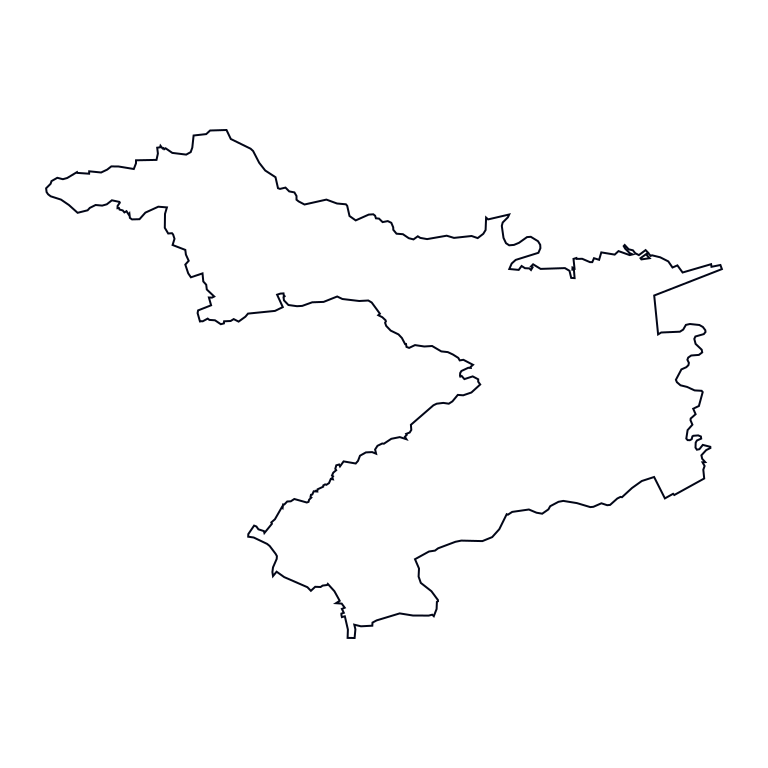 DEJ, Cluj, Romania
{"feature_id": "2599482B75770184766435", "entity_name": "DEJ", "entity_type": "district", "adm_level": 2, "iso_a3": "ROU", "parent_name": "Romania", "parent_adm1": "Cluj", "projection": "robinson", "projection_center": [23.804, 47.127], "detail": "fine", "context": "isolated", "style": "outline", "palette": "ink", "viewbox_px": 768, "rotation_deg": 0, "n_neighbors": 0, "source": "geoboundaries", "source_scale": "gbopen_adm2", "svg_char_len": 6108}
<svg xmlns="http://www.w3.org/2000/svg" viewBox="0 0 768 768"><path d="M354.6,638.0L355.4,629.3L354.3,624.7L361.0,626.3L372.3,625.7L372.5,622.6L376.6,620.4L399.7,613.4L412.8,615.5L428.7,615.6L432.2,614.7L433.8,616.2L436.6,609.0L436.9,601.9L438.0,601.2L437.9,600.0L431.4,591.2L420.8,582.9L418.6,576.6L419.0,568.5L415.0,559.2L429.0,551.5L435.0,550.6L438.1,548.3L455.4,541.8L461.3,540.6L482.4,541.1L492.2,537.1L499.3,529.2L506.7,514.2L507.9,514.7L512.2,511.9L528.9,509.5L536.5,512.7L542.2,513.7L548.4,509.4L550.2,506.2L558.5,501.8L563.3,500.9L576.9,503.1L590.3,507.1L593.4,506.8L601.4,503.3L607.2,505.2L610.1,504.9L617.3,498.5L620.5,496.9L622.0,497.2L632.0,488.0L641.8,481.0L654.1,477.0L664.9,498.4L673.1,493.8L674.3,495.0L704.2,478.5L703.3,469.7L704.6,466.0L702.5,462.3L705.2,462.1L702.2,458.8L701.4,455.3L706.2,450.1L710.4,448.0L710.3,446.8L702.8,444.9L699.4,449.2L696.9,449.7L695.5,447.6L695.7,442.6L696.9,440.5L701.2,438.6L700.9,436.5L698.2,435.4L693.3,435.8L692.4,436.4L691.7,439.2L689.8,440.2L687.6,440.1L686.3,438.6L687.6,430.1L692.4,424.7L690.5,420.2L690.7,418.5L695.6,414.2L693.2,408.7L698.9,406.0L702.7,392.1L701.6,390.8L694.6,390.4L687.0,386.9L680.5,385.3L676.9,382.2L675.9,379.8L681.4,369.4L686.3,367.2L688.4,365.2L688.9,362.9L687.4,359.8L688.2,357.6L691.2,355.5L698.9,354.9L702.2,352.4L701.7,349.7L695.6,343.9L694.3,338.9L695.4,336.5L703.8,334.1L705.5,332.0L705.3,330.2L702.9,327.0L699.4,325.0L689.9,324.0L685.9,324.9L683.2,329.6L679.9,331.7L661.2,332.5L658.1,334.4L654.2,295.5L721.9,269.1L720.4,265.0L711.5,266.8L711.1,264.2L682.6,272.5L677.4,265.4L672.5,267.5L668.3,261.4L660.2,257.3L652.0,255.3L650.7,255.9L648.3,253.2L646.2,254.5L649.6,258.2L641.4,259.4L640.5,258.2L648.1,252.7L645.6,250.1L638.9,255.1L635.2,253.2L632.9,250.3L628.7,249.3L624.7,245.0L623.7,246.1L625.2,248.7L629.8,253.2L632.6,254.4L629.7,255.1L618.5,251.1L614.7,254.6L601.3,252.4L599.1,259.8L594.0,258.2L592.3,262.1L589.9,262.1L582.2,258.8L576.6,258.9L576.4,258.0L573.5,258.9L574.5,268.4L572.5,267.5L572.4,269.7L573.9,269.7L574.6,278.1L571.2,277.9L569.5,270.8L564.9,268.1L540.6,268.9L533.1,264.3L531.0,266.5L532.6,267.3L531.0,270.0L529.4,268.4L525.0,268.2L521.6,266.0L518.7,269.9L509.3,269.0L511.7,263.5L515.7,259.9L538.4,252.8L540.4,248.2L540.2,244.8L538.0,241.2L530.8,236.8L527.0,237.1L519.0,242.8L514.0,244.9L509.2,245.3L506.0,243.2L503.5,237.9L501.8,225.9L502.7,222.5L507.9,217.3L509.2,214.5L488.1,219.4L486.1,217.6L485.6,230.0L483.3,233.8L477.7,238.1L471.6,236.0L454.0,237.9L446.7,235.7L427.1,239.1L420.3,237.9L417.8,236.3L413.5,239.4L408.8,238.2L402.9,234.2L396.5,233.7L393.3,229.8L393.2,227.3L391.3,222.8L387.8,221.1L382.6,222.1L379.0,218.6L375.9,218.3L375.1,215.7L373.3,214.3L368.7,214.6L355.7,220.4L349.5,216.0L347.2,205.8L345.9,204.3L337.0,203.5L326.4,199.6L304.5,204.5L298.6,201.4L296.5,199.7L296.5,196.0L294.4,192.4L289.2,191.4L285.5,187.6L280.0,188.9L278.0,188.2L275.5,177.2L265.2,170.5L259.2,162.8L253.1,151.0L250.6,148.7L230.8,139.0L226.5,130.0L210.1,130.5L206.2,134.1L193.6,135.5L192.3,147.6L190.7,152.1L186.2,154.6L172.3,152.9L165.6,148.3L164.2,149.2L163.5,148.1L162.6,148.5L160.5,145.8L160.1,147.3L157.2,147.7L157.9,153.5L156.5,159.9L136.0,160.3L136.0,163.3L133.8,169.0L118.6,166.5L111.3,166.4L107.2,169.6L101.1,172.5L89.2,171.3L89.1,173.7L77.3,172.9L77.0,172.1L67.2,178.0L62.9,179.2L57.3,177.8L51.5,181.1L50.6,183.8L46.1,188.3L46.6,192.1L48.1,194.3L50.7,196.3L61.0,199.6L68.9,205.0L77.6,212.8L87.6,210.3L89.8,207.9L95.6,205.0L102.2,205.6L106.8,204.3L111.9,200.3L119.4,201.9L119.8,202.7L117.6,205.9L117.5,208.2L118.9,208.0L119.6,209.6L122.7,210.4L124.4,212.4L126.5,211.2L128.7,214.6L129.4,213.6L129.9,217.9L132.0,219.4L139.5,219.2L145.4,212.6L158.3,206.7L166.9,207.4L165.0,213.9L164.8,227.8L168.2,233.5L172.0,233.2L173.1,234.5L174.5,238.8L172.6,245.0L185.3,249.9L185.9,254.6L188.7,260.8L185.3,264.6L188.2,273.3L190.9,277.3L202.5,273.4L203.3,281.5L206.2,284.7L206.8,289.5L214.2,296.5L212.0,297.6L208.9,297.5L211.1,305.3L198.1,310.4L197.6,313.1L200.2,322.3L200.2,321.1L202.7,321.3L207.7,318.6L209.4,319.9L215.0,320.3L220.8,324.2L223.9,323.4L224.1,321.3L230.6,321.0L233.7,319.1L238.6,321.6L245.4,316.7L248.0,313.6L275.0,310.9L282.8,307.1L277.1,294.7L280.4,293.6L283.5,293.4L283.9,296.3L285.3,295.7L283.5,297.2L284.0,300.4L288.4,305.0L297.0,306.2L302.2,305.9L312.2,302.3L323.6,301.9L337.2,296.5L342.4,299.0L359.2,301.0L368.3,300.5L371.7,302.5L379.9,313.7L378.3,315.2L382.3,317.2L385.5,320.2L385.9,321.3L385.1,322.8L386.2,325.9L390.7,330.6L398.5,334.4L401.9,338.0L405.1,344.1L406.0,344.0L406.5,346.9L409.1,347.9L415.0,345.1L424.3,346.5L432.1,346.0L441.3,351.4L447.8,352.1L452.9,354.5L458.3,357.9L459.7,360.4L463.4,359.8L473.0,364.8L470.6,366.9L470.8,367.9L468.2,367.8L461.4,371.0L460.2,373.0L460.0,375.8L460.3,376.6L461.7,376.0L464.4,379.1L472.7,376.4L478.2,379.3L478.2,381.7L480.2,384.5L471.4,392.5L463.2,395.3L457.8,394.9L452.4,401.4L448.8,403.7L443.3,402.9L436.7,403.7L433.4,405.3L410.9,424.8L411.3,429.9L409.7,432.5L406.1,433.9L406.7,434.9L404.9,436.8L406.4,439.2L399.8,437.1L391.3,438.8L383.9,443.7L382.2,443.5L377.5,445.8L375.1,449.5L376.1,453.7L372.1,452.1L365.9,452.4L360.0,455.7L358.0,460.9L355.7,463.5L343.6,461.4L340.0,466.4L339.1,464.5L336.3,465.3L335.3,468.8L336.2,470.2L333.3,472.6L332.0,475.5L333.1,476.3L332.3,477.5L332.9,479.3L330.8,478.9L329.0,483.1L326.4,484.8L325.1,484.4L323.3,485.4L323.2,486.7L317.6,489.3L317.4,490.8L316.4,490.8L316.8,491.5L313.7,491.3L312.3,494.5L311.0,494.8L310.5,497.0L311.3,497.6L309.1,499.7L308.5,501.9L306.8,502.5L294.3,499.0L290.8,501.3L287.2,501.5L284.3,504.5L283.1,504.4L282.6,507.9L281.9,507.1L274.9,519.3L271.3,522.4L271.9,523.8L264.4,533.0L263.9,531.1L258.4,529.3L256.4,526.5L254.1,525.6L248.3,534.1L248.2,536.7L253.7,537.5L267.1,543.9L269.7,546.0L275.6,553.8L276.9,556.1L276.7,558.9L273.0,567.4L272.4,572.0L273.0,576.1L276.6,571.7L284.2,577.1L307.4,587.2L310.9,590.8L315.2,586.8L320.6,587.0L322.6,585.6L327.1,585.0L327.8,583.9L334.4,591.2L339.7,600.8L336.0,603.2L341.7,603.6L344.7,607.7L341.9,608.9L343.8,612.8L341.4,613.6L341.4,615.0L341.9,617.1L344.8,616.3L345.1,617.4L347.9,629.6L347.6,637.9L354.6,638.0Z" fill="none" stroke="#020617" stroke-width="2"/></svg>